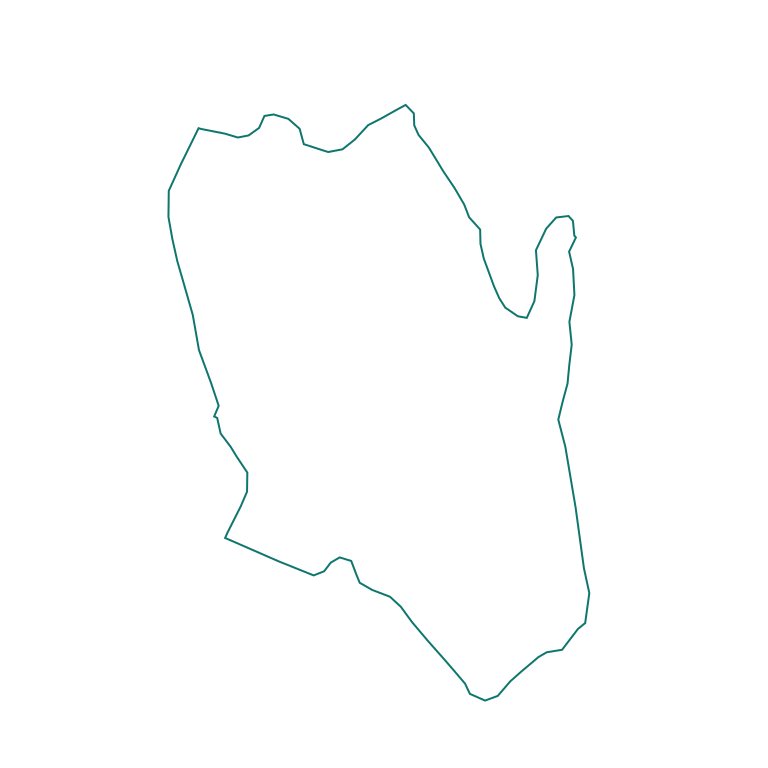 the district of Kalix, Norrbotten, Sweden, rotated 197°
{"feature_id": "70781695B60696857291405", "entity_name": "Kalix", "entity_type": "district", "adm_level": 2, "iso_a3": "SWE", "parent_name": "Sweden", "parent_adm1": "Norrbotten", "projection": "albers", "projection_center": [22.934, 65.977], "detail": "fine", "context": "isolated", "style": "outline", "palette": "teal", "viewbox_px": 768, "rotation_deg": 197, "n_neighbors": 0, "source": "geoboundaries", "source_scale": "gbopen_adm2", "svg_char_len": 1426}
<svg xmlns="http://www.w3.org/2000/svg" viewBox="0 0 768 768"><g transform="rotate(197 384 384)"><path d="M490.9,190.3L432.8,183.6L395.3,180.4L386.5,187.4L382.7,197.6L375.7,205.2L363.6,205.2L354.8,193.8L349.1,186.8L335.1,183.6L316.1,182.3L302.8,175.9L287.6,164.5L266.8,151.1L245.9,138.3L232.7,130.0L218.8,121.1L211.3,112.8L194.8,110.8L184.0,119.0L176.3,136.6L168.6,149.2L156.4,168.1L150.0,175.0L136.0,181.9L126.9,206.5L122.2,213.5L121.7,214.1L126.5,244.0L139.0,266.4L164.7,322.0L192.3,377.1L206.9,400.9L208.0,419.4L208.6,438.0L212.3,456.0L216.0,476.5L224.9,497.7L227.9,524.7L236.8,549.2L245.7,564.7L243.3,580.2L245.4,581.6L251.0,595.2L256.7,598.6L268.0,593.6L274.3,580.0L277.8,556.3L268.8,533.1L264.4,507.1L266.8,489.0L275.8,487.9L290.4,492.5L298.9,499.8L307.3,509.5L325.3,533.2L332.7,546.2L337.2,559.8L342.8,563.2L351.3,568.3L359.8,579.1L373.9,592.1L389.2,604.5L410.2,623.2L423.8,632.3L430.7,640.2L434.6,651.5L444.9,657.2L452.2,649.8L464.1,637.3L474.8,627.0L483.3,609.4L492.3,596.3L505.3,589.5L530.8,589.9L539.3,603.4L553.0,609.6L568.3,609.5L576.7,605.4L578.3,592.4L586.2,582.1L595.8,577.0L609.3,576.9L633.7,574.4L636.1,574.4L642.5,534.9L646.3,505.8L639.0,480.8L628.8,460.8L617.5,440.9L608.4,427.0L587.1,394.2L570.9,362.4L549.8,334.6L535.7,314.8L536.9,303.3L533.6,302.8L525.7,288.8L512.5,279.3L503.7,271.5L488.8,259.3L483.5,241.0L485.2,225.3L490.3,195.6L490.9,190.3Z" fill="none" stroke="#0f766e" stroke-width="2"/></g></svg>